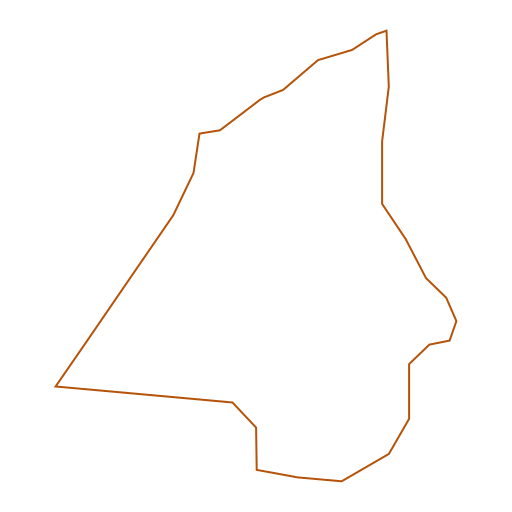 map outline of Buliisa (Natural Earth projection)
{"feature_id": "UGA-3082", "entity_name": "Buliisa", "entity_type": "County", "adm_level": 1, "iso_a3": "UGA", "parent_name": "Uganda", "parent_adm1": "", "projection": "natural_earth1", "projection_center": [31.416, 2.001], "detail": "fine", "context": "isolated", "style": "outline", "palette": "amber", "viewbox_px": 512, "rotation_deg": 0, "n_neighbors": 0, "source": "natural_earth", "source_scale": "10m", "svg_char_len": 523}
<svg xmlns="http://www.w3.org/2000/svg" viewBox="0 0 512 512"><path d="M55.6,386.5L70.0,365.6L86.3,342.0L131.4,276.2L173.3,215.2L193.5,173.0L199.5,133.6L219.9,130.3L245.7,110.7L259.8,99.9L264.0,97.4L283.1,89.9L318.0,60.1L352.1,49.9L376.1,34.3L386.5,30.7L388.8,86.7L382.1,141.4L382.1,203.9L405.7,239.1L426.0,278.1L446.2,297.7L456.4,321.1L449.6,340.6L429.4,344.6L409.1,364.1L409.1,418.8L388.9,453.9L341.6,481.3L297.7,477.4L256.7,469.9L256.1,427.6L232.5,402.5L55.6,386.5Z" fill="none" stroke="#b45309" stroke-width="2"/></svg>